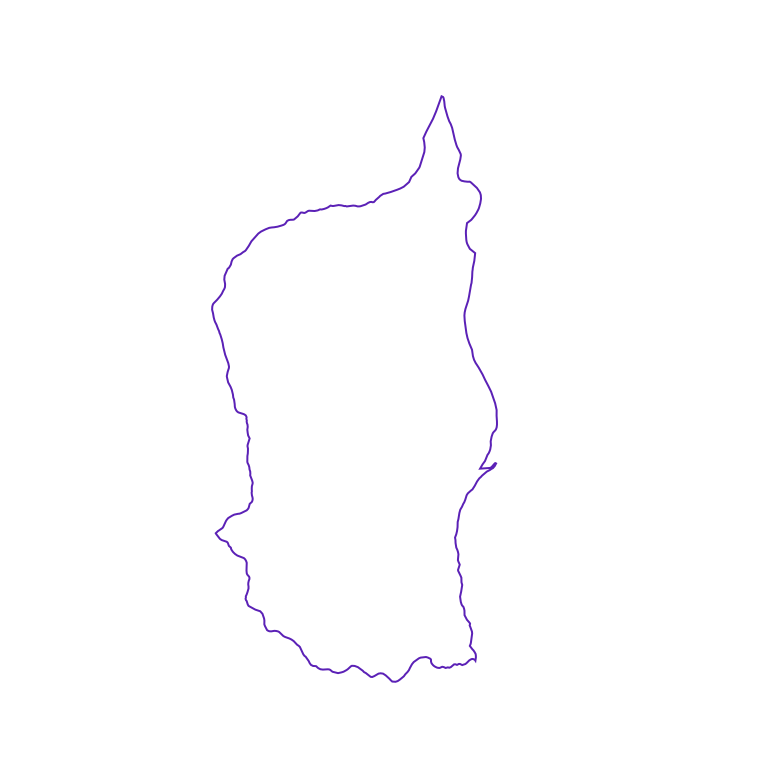 outline of Gualmatán, Nariño, Colombia, rotated 22°
{"feature_id": "7082276B40313955384200", "entity_name": "Gualmatán", "entity_type": "district", "adm_level": 2, "iso_a3": "COL", "parent_name": "Colombia", "parent_adm1": "Nariño", "projection": "robinson", "projection_center": [-77.583, 0.935], "detail": "fine", "context": "isolated", "style": "outline", "palette": "violet", "viewbox_px": 768, "rotation_deg": 22, "n_neighbors": 0, "source": "geoboundaries", "source_scale": "gbopen_adm2", "svg_char_len": 6161}
<svg xmlns="http://www.w3.org/2000/svg" viewBox="0 0 768 768"><g transform="rotate(22 384 384)"><path d="M419.5,228.5L412.9,226.5L409.7,223.8L408.5,222.7L407.4,221.3L406.3,219.5L403.6,213.9L402.6,211.4L400.7,203.7L403.4,199.2L404.0,197.4L405.2,193.4L405.7,190.7L406.1,186.8L406.1,185.1L405.6,180.5L404.6,176.0L403.0,172.6L401.2,170.4L396.7,167.4L389.0,164.5L387.7,164.3L385.9,165.1L382.7,166.0L379.7,166.5L377.9,166.1L376.7,165.5L375.4,164.3L373.3,161.1L371.8,156.3L370.6,147.2L369.7,143.4L369.0,142.1L365.8,139.1L363.2,137.0L361.7,135.4L358.1,130.9L351.3,121.1L348.6,118.1L346.0,115.9L342.7,112.2L337.2,105.1L336.2,103.6L334.0,99.4L332.1,96.5L331.3,95.8L329.6,95.7L330.2,111.7L330.1,119.7L328.7,134.2L328.4,141.3L330.7,144.7L333.2,149.5L334.5,153.8L335.7,168.8L335.7,170.1L334.1,177.0L331.8,181.7L331.6,187.4L328.4,193.7L325.9,196.6L323.5,198.9L318.4,203.4L313.9,206.9L312.1,208.0L310.0,211.0L309.5,212.3L307.4,216.5L307.0,217.8L306.4,219.2L305.2,219.8L304.1,219.9L302.9,220.5L301.6,221.8L299.7,224.5L295.6,228.0L294.5,228.6L293.1,229.2L290.6,229.5L288.6,230.1L283.0,233.3L281.6,233.4L280.6,233.9L277.7,234.3L274.9,235.1L270.6,237.8L269.4,238.3L267.6,238.6L265.8,241.3L264.5,242.7L262.9,244.1L260.9,245.5L259.2,246.1L257.5,247.9L254.9,249.6L249.6,251.4L248.6,252.2L247.0,254.5L246.0,255.3L243.8,255.7L242.8,256.1L242.3,256.9L241.2,260.9L239.0,265.1L238.1,265.8L235.7,266.8L234.2,267.8L233.1,269.1L232.5,272.0L232.0,273.1L231.2,274.1L229.6,275.5L226.4,278.0L223.3,279.9L221.3,280.9L219.1,282.2L216.2,285.0L212.9,288.7L211.1,291.6L207.6,301.4L206.9,306.6L205.8,311.6L205.3,312.8L204.0,314.5L202.3,317.4L199.7,320.0L197.4,323.7L196.9,325.0L196.8,327.5L197.3,330.7L196.9,333.5L196.5,334.9L195.9,335.6L195.7,343.4L196.8,347.0L199.2,350.8L199.9,352.7L200.3,354.1L200.3,355.7L200.0,357.8L199.8,361.1L199.1,364.2L197.7,368.5L195.9,372.8L195.6,373.9L195.6,375.0L195.8,376.6L196.8,379.5L199.0,382.5L201.2,386.1L203.0,388.5L204.2,389.8L206.4,391.7L209.5,395.1L211.4,396.9L212.3,398.2L213.6,399.4L216.8,403.3L219.1,406.5L221.4,410.3L225.8,416.4L231.8,423.0L233.7,425.8L234.2,427.2L234.5,431.3L234.9,433.5L235.3,435.6L236.1,436.9L238.9,440.9L242.8,444.1L245.1,446.5L247.9,450.4L249.3,453.0L250.8,454.6L253.0,458.4L254.3,461.1L255.4,462.5L257.0,463.9L258.1,464.5L259.6,464.9L264.6,464.5L265.9,464.5L267.6,464.9L268.8,466.0L269.2,466.7L269.4,467.8L270.4,469.1L270.8,470.4L271.7,471.8L272.6,472.7L273.7,474.8L274.4,477.6L276.0,480.5L277.3,482.6L279.8,484.8L280.4,491.7L280.8,492.9L282.1,494.9L282.9,497.0L283.8,499.6L284.3,501.9L286.4,507.3L287.0,508.2L288.9,509.9L290.2,511.5L291.4,513.7L292.7,515.2L293.7,517.3L294.2,518.9L297.9,522.9L299.1,524.5L299.5,525.6L299.8,528.3L300.6,530.6L301.8,533.3L302.0,534.4L303.3,536.8L304.4,538.2L305.1,539.3L305.5,540.4L305.7,541.7L305.6,543.0L304.4,545.4L304.9,549.5L304.7,550.8L304.0,552.6L300.0,557.1L298.7,558.3L297.2,559.1L294.1,561.2L292.4,563.1L289.8,566.6L289.1,568.7L288.8,570.3L288.5,576.6L288.2,578.0L285.1,582.7L283.9,585.4L284.8,586.1L289.8,589.0L291.9,589.5L297.2,589.2L298.2,589.5L298.9,590.0L300.8,592.2L303.3,593.1L304.3,594.5L305.5,595.4L307.1,596.4L309.6,597.4L312.3,598.0L319.3,597.9L321.0,598.6L322.5,599.8L323.7,601.2L326.4,608.5L327.7,611.0L328.6,611.9L331.1,613.2L331.8,614.0L332.3,615.3L332.3,617.0L332.7,619.3L333.3,620.9L334.2,622.4L335.0,624.4L335.4,628.2L335.5,630.8L335.4,632.6L336.0,633.9L336.1,635.0L337.0,636.1L338.0,636.7L340.3,639.5L341.6,640.5L349.2,641.4L354.4,641.1L357.4,642.6L360.7,646.4L361.7,648.1L363.1,651.7L364.4,653.1L367.8,656.0L369.0,656.2L370.3,656.2L372.1,655.6L374.7,654.0L376.5,653.4L378.4,653.1L379.7,653.2L385.1,655.4L387.1,655.6L391.6,655.4L394.0,655.6L396.6,656.2L401.1,658.3L403.0,658.7L404.5,659.3L410.5,664.9L412.2,665.9L413.5,666.2L418.0,669.1L419.6,670.6L421.5,671.8L423.9,672.0L425.9,671.3L427.0,671.1L428.3,671.7L429.6,672.1L431.9,672.3L434.3,671.7L438.7,669.6L440.0,669.2L441.2,669.2L444.0,670.1L449.7,669.3L452.6,667.3L454.3,665.9L456.4,663.3L457.3,661.9L459.1,658.1L459.8,657.3L462.4,656.4L465.8,656.3L471.7,657.8L473.4,658.6L475.4,658.8L481.3,660.5L482.8,660.1L484.4,658.5L487.4,654.6L489.2,653.5L491.6,652.9L494.7,653.5L499.3,655.2L501.2,656.1L503.1,656.8L506.2,655.8L508.0,654.3L509.4,652.2L511.9,647.6L512.5,645.1L513.7,642.2L514.3,639.9L514.4,637.6L514.9,633.4L515.7,630.7L519.1,625.3L520.4,624.0L525.2,621.4L527.1,621.2L530.0,621.4L530.9,622.1L531.6,623.8L532.8,625.2L534.8,626.3L535.9,626.7L537.5,627.0L539.4,627.1L540.6,626.9L542.0,626.4L543.9,624.4L545.4,624.1L547.5,624.2L549.4,622.8L550.8,622.6L552.0,621.5L554.0,617.7L555.4,617.1L556.9,617.1L558.3,615.5L559.4,615.1L561.8,615.3L564.4,613.1L565.2,611.6L566.6,608.3L567.7,606.8L568.7,605.9L569.8,605.6L571.5,605.7L572.4,606.3L571.6,603.0L570.8,601.2L570.0,599.9L568.4,598.6L566.6,597.4L565.4,596.9L561.7,594.7L561.7,592.7L561.5,591.4L559.2,582.3L558.3,580.6L555.1,577.0L553.9,575.8L553.6,574.0L552.9,573.4L549.2,571.5L545.3,568.2L543.5,564.0L542.3,562.2L541.0,560.8L539.4,560.1L538.4,559.2L536.8,557.2L534.2,552.7L533.3,547.5L531.8,541.0L530.1,538.8L528.3,534.6L526.7,533.0L522.8,529.5L522.3,528.7L521.9,523.2L521.2,522.4L519.6,520.9L518.5,519.6L516.8,514.0L515.5,512.0L514.1,510.3L512.3,508.6L509.9,504.6L508.7,501.9L507.4,499.8L507.3,496.3L506.8,493.0L505.8,489.1L504.0,484.3L503.6,481.4L502.2,475.3L501.8,471.9L502.3,468.6L502.4,465.3L502.7,463.7L502.7,460.9L502.3,456.2L502.7,454.0L504.5,450.3L505.5,448.6L506.3,444.3L506.8,439.5L507.7,435.8L508.7,433.8L509.2,432.3L512.2,426.6L514.3,424.2L515.4,422.5L516.5,421.2L517.4,418.6L517.7,415.7L517.0,415.6L516.5,416.0L515.2,419.8L514.6,421.2L513.6,422.2L504.8,426.5L505.5,421.6L506.5,417.6L506.5,410.9L507.0,409.0L507.1,406.8L507.0,404.9L506.1,400.8L504.4,397.2L503.5,392.5L503.3,388.9L503.6,387.6L504.6,385.1L504.8,383.8L504.7,382.0L504.0,379.4L502.8,376.5L500.3,371.3L498.2,366.0L494.3,360.3L486.2,351.0L481.5,346.8L476.2,342.3L471.9,338.3L465.6,333.3L461.0,330.1L458.4,327.8L456.0,324.8L452.8,319.3L447.9,314.4L444.2,310.1L441.3,305.9L435.3,295.4L432.9,290.4L432.0,287.4L431.4,283.9L430.8,275.3L430.1,271.3L427.5,259.3L427.3,257.5L425.7,252.0L423.8,246.6L423.4,244.9L422.8,242.9L421.6,236.0L419.5,228.5Z" fill="none" stroke="#5b21b6" stroke-width="2"/></g></svg>